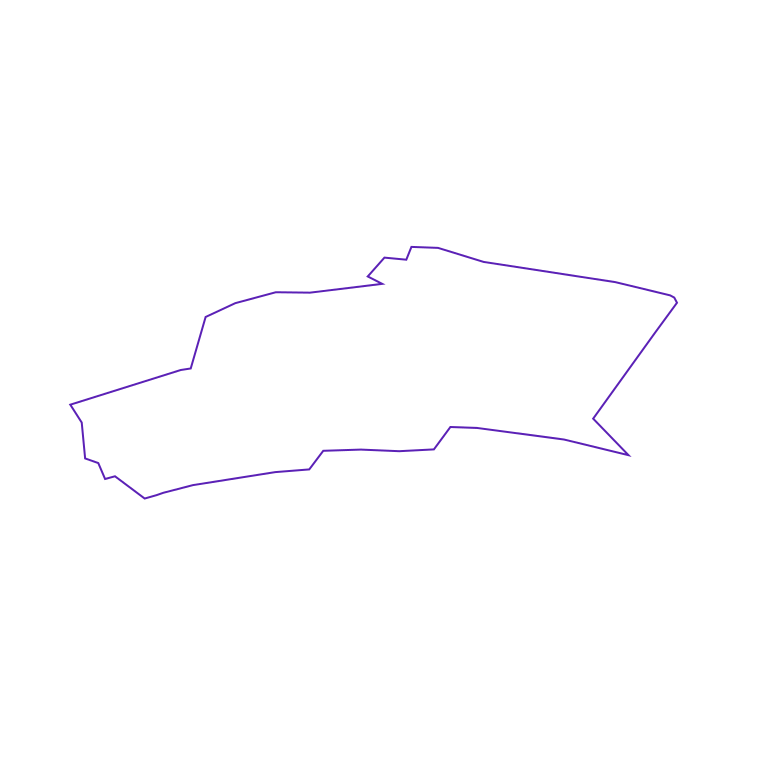 Mifflin, Pennsylvania, United States of America, rotated 37°
{"feature_id": "52423323B27550488562825", "entity_name": "Mifflin", "entity_type": "district", "adm_level": 2, "iso_a3": "USA", "parent_name": "United States of America", "parent_adm1": "Pennsylvania", "projection": "orthographic", "projection_center": [-77.632, 40.604], "detail": "fine", "context": "isolated", "style": "outline", "palette": "violet", "viewbox_px": 768, "rotation_deg": 37, "n_neighbors": 0, "source": "geoboundaries", "source_scale": "gbopen_adm2", "svg_char_len": 645}
<svg xmlns="http://www.w3.org/2000/svg" viewBox="0 0 768 768"><g transform="rotate(37 384 384)"><path d="M622.1,293.7L571.9,285.8L569.6,180.0L569.1,142.8L563.8,140.3L559.2,141.0L507.5,163.4L390.2,226.5L345.2,242.8L323.4,258.0L327.0,271.3L308.3,282.8L306.3,307.9L322.3,305.1L269.9,355.6L242.4,375.8L216.6,408.9L201.2,437.8L220.3,487.9L213.2,495.2L145.9,589.3L165.8,596.7L190.1,623.3L203.4,619.1L218.4,627.7L224.7,619.6L261.8,619.5L269.2,609.7L273.3,603.6L292.3,579.7L350.2,519.8L375.7,497.2L375.7,473.9L405.0,450.3L436.6,428.5L463.2,406.2L462.9,378.4L484.8,363.1L561.2,320.0L622.1,293.7Z" fill="none" stroke="#5b21b6" stroke-width="2"/></g></svg>